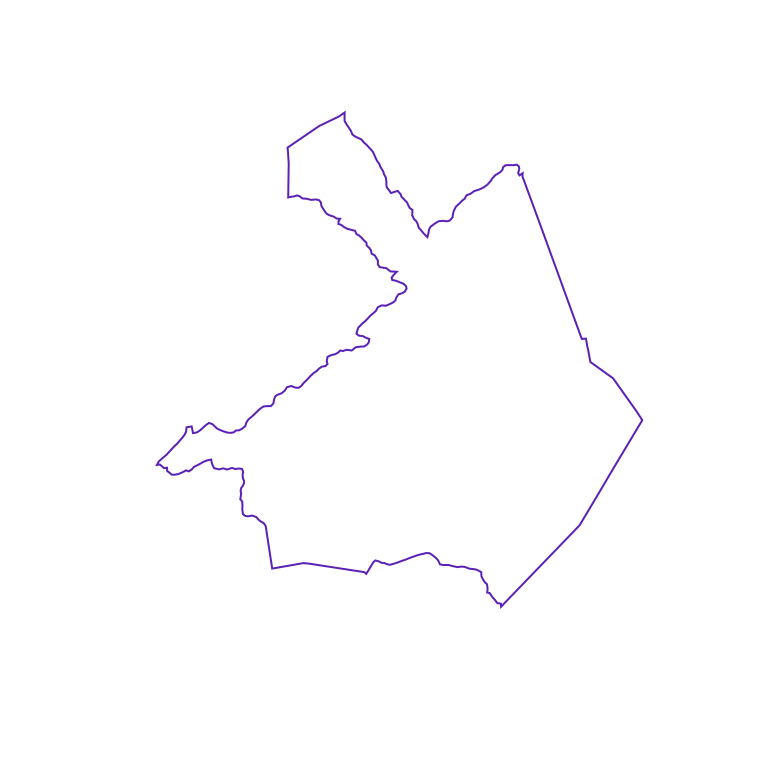 Barras, Piauí, Brazil, rotated 236°
{"feature_id": "56859067B60592668068421", "entity_name": "Barras", "entity_type": "district", "adm_level": 2, "iso_a3": "BRA", "parent_name": "Brazil", "parent_adm1": "Piauí", "projection": "equal_earth", "projection_center": [-42.271, -4.158], "detail": "fine", "context": "isolated", "style": "outline", "palette": "violet", "viewbox_px": 768, "rotation_deg": 236, "n_neighbors": 0, "source": "geoboundaries", "source_scale": "gbopen_adm2", "svg_char_len": 4618}
<svg xmlns="http://www.w3.org/2000/svg" viewBox="0 0 768 768"><g transform="rotate(236 384 384)"><path d="M634.1,474.9L634.1,468.4L633.9,436.2L629.4,433.8L619.6,428.0L616.8,426.0L592.2,408.9L591.1,411.8L589.8,414.3L588.9,417.5L586.9,419.0L583.5,420.1L580.7,423.6L577.4,426.5L574.9,431.0L572.4,433.1L569.6,433.1L566.7,431.7L564.0,431.5L560.7,431.5L557.7,431.5L555.5,432.5L553.5,433.8L550.9,435.9L547.7,437.2L545.5,440.0L544.3,437.2L542.1,435.7L539.9,437.5L536.8,438.5L533.2,440.3L530.1,443.1L527.2,445.7L523.6,445.0L521.0,446.4L517.9,447.2L514.5,447.6L511.2,448.5L508.4,447.1L505.1,447.9L502.2,447.9L498.9,446.6L495.7,448.3L492.4,448.1L489.6,447.9L486.8,445.9L483.4,445.7L480.9,448.3L478.6,450.8L476.2,451.5L473.6,452.4L471.6,455.2L469.9,457.3L469.1,453.3L467.9,449.8L465.6,449.0L463.3,451.3L460.9,453.1L458.7,454.5L456.2,456.2L453.1,457.0L450.6,456.2L448.9,452.8L449.2,449.3L450.3,446.4L448.9,442.7L446.8,440.0L446.5,437.1L447.1,433.0L447.8,429.4L450.5,426.0L451.1,421.8L449.1,418.0L448.6,414.2L448.2,410.4L447.3,407.0L446.7,403.9L446.2,399.5L445.0,394.0L441.2,389.3L438.2,390.2L435.2,393.5L432.0,395.1L429.6,397.0L427.0,394.6L426.1,391.9L426.2,388.6L428.3,385.1L430.3,381.0L429.8,376.0L433.2,372.2L434.3,368.5L436.2,366.4L435.7,363.3L436.0,360.2L437.3,357.0L438.1,352.4L434.8,349.2L432.2,348.4L431.6,345.5L433.1,342.2L433.1,338.9L432.4,335.2L432.4,331.5L431.7,327.1L430.7,323.2L429.8,318.2L428.6,314.1L428.6,311.0L430.7,308.4L434.2,306.0L435.6,301.8L433.9,297.7L433.6,293.8L434.6,289.8L434.5,286.7L432.5,284.1L429.8,281.5L428.9,277.9L431.2,274.5L432.7,271.6L432.8,268.5L432.3,264.3L431.4,259.6L430.8,255.5L430.4,251.6L428.7,247.8L426.7,245.6L426.3,242.0L426.6,238.0L428.2,235.4L428.0,232.3L429.2,229.6L431.4,226.9L434.3,224.6L437.4,222.4L440.7,220.6L443.8,219.9L446.7,219.3L449.6,217.1L449.5,212.8L448.7,207.9L448.4,204.9L448.5,201.8L450.1,198.2L453.4,199.6L456.4,200.8L458.5,196.1L455.0,193.1L453.2,189.6L452.2,186.5L451.3,183.1L450.3,179.7L449.5,174.9L448.2,169.3L446.9,163.9L446.5,159.5L445.7,154.0L443.9,150.5L442.6,153.1L439.8,154.0L437.3,154.5L435.9,157.3L433.1,155.6L430.3,156.6L427.6,157.3L425.9,159.6L424.3,163.3L423.4,168.0L423.1,171.6L420.7,173.3L420.7,177.0L421.6,180.2L421.1,183.2L420.7,186.8L420.5,190.6L419.6,194.6L418.0,198.5L415.1,197.2L412.5,196.5L409.2,196.1L405.4,199.6L403.9,203.7L400.9,206.0L399.4,211.1L396.7,213.1L395.2,216.2L393.0,218.8L389.7,218.0L387.5,215.8L384.5,214.2L382.2,213.9L380.1,212.6L378.6,210.2L377.6,207.4L375.5,205.3L373.3,204.5L370.9,202.4L368.8,200.4L365.9,200.8L362.7,198.9L359.1,196.3L354.9,194.3L352.0,195.3L350.3,197.4L348.7,201.0L345.2,203.7L341.3,204.2L338.9,205.0L335.8,206.5L332.4,206.5L293.5,188.1L283.0,211.6L280.6,217.0L277.1,221.3L239.0,262.5L236.5,263.1L238.4,267.3L240.7,272.3L242.1,275.2L242.6,278.1L239.6,280.7L237.2,281.9L235.4,284.2L232.9,285.7L230.8,287.8L229.5,291.6L228.5,295.1L227.8,298.1L227.0,301.3L226.2,304.1L225.5,307.6L224.6,311.2L223.6,315.1L222.5,318.5L221.3,321.4L220.4,324.2L218.5,326.9L216.2,328.1L213.6,328.9L210.7,329.8L207.4,330.2L203.2,329.6L200.7,331.9L199.2,334.4L197.5,336.7L195.5,338.3L193.6,340.1L191.1,342.5L189.6,345.6L187.7,348.2L185.3,350.1L183.0,351.6L180.9,354.3L178.2,357.0L173.7,359.4L170.2,357.3L167.1,356.8L163.5,356.7L160.6,357.4L158.4,356.5L155.8,355.0L153.4,352.9L151.6,354.7L149.0,354.7L146.7,354.7L143.5,355.2L139.0,355.4L136.6,358.1L133.9,356.5L137.7,374.2L155.9,459.7L157.6,467.4L174.1,502.5L186.3,528.1L209.6,577.9L219.7,578.1L260.6,577.1L286.9,567.4L298.8,572.6L301.1,573.4L308.7,576.8L310.8,573.2L326.6,577.1L367.1,587.2L370.9,588.2L394.8,594.1L427.1,602.2L478.8,614.9L481.2,616.8L481.2,613.0L483.9,613.2L486.7,616.5L489.0,617.5L491.5,616.8L493.1,613.5L495.7,609.9L497.4,607.0L497.1,603.9L495.4,602.1L494.6,599.0L494.9,593.1L493.9,588.8L492.7,586.1L491.4,581.0L491.3,576.4L492.0,571.6L493.5,566.7L493.3,562.1L494.3,558.0L492.5,554.5L492.3,551.0L491.5,547.7L490.8,542.8L488.4,538.5L486.0,535.9L483.9,534.1L482.7,530.1L483.7,527.1L486.3,524.2L488.4,520.2L488.6,515.9L488.4,510.7L486.9,507.7L484.1,505.1L481.5,502.1L486.6,501.1L491.7,500.6L494.1,500.2L497.3,501.3L500.7,501.8L503.8,501.1L508.3,501.8L510.3,503.4L512.4,504.9L515.8,503.7L521.7,504.6L526.6,503.7L529.5,503.2L532.0,503.9L536.5,503.3L538.4,496.6L542.0,496.5L545.7,496.3L548.3,497.7L550.9,499.4L554.3,501.0L558.0,501.3L560.2,502.1L562.9,502.3L566.5,502.5L568.9,503.2L572.5,503.0L575.7,503.4L579.5,504.1L582.4,504.6L585.0,504.4L589.4,503.7L592.5,503.2L595.2,502.4L599.4,502.0L605.1,498.6L608.4,497.3L612.3,498.1L617.5,498.2L620.2,498.1L624.1,498.4L628.0,501.0L631.1,503.2L631.0,496.1L634.1,474.9Z" fill="none" stroke="#5b21b6" stroke-width="2"/></g></svg>